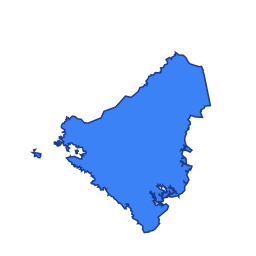 Soná, Veraguas, Panama (Mercator projection), rotated 24°
{"feature_id": "35544464B54310039107980", "entity_name": "Soná", "entity_type": "district", "adm_level": 2, "iso_a3": "PAN", "parent_name": "Panama", "parent_adm1": "Veraguas", "projection": "mercator", "projection_center": [-81.367, 7.878], "detail": "fine", "context": "isolated", "style": "filled", "palette": "blue", "viewbox_px": 256, "rotation_deg": 24, "n_neighbors": 0, "source": "geoboundaries", "source_scale": "gbopen_adm2", "svg_char_len": 5988}
<svg xmlns="http://www.w3.org/2000/svg" viewBox="0 0 256 256"><g transform="rotate(24 128 128)"><path d="M81.7,139.1L78.2,140.1L75.1,139.1L72.3,139.8L70.7,144.3L69.5,143.0L67.5,142.9L68.5,145.1L67.8,145.4L68.9,146.3L67.6,148.0L67.9,149.7L66.5,150.1L66.2,153.1L67.2,154.8L71.0,155.3L71.2,157.3L69.3,159.0L72.3,157.5L73.4,158.8L72.2,160.4L73.3,162.4L71.9,163.3L69.9,163.0L68.9,164.1L70.3,164.8L69.9,165.6L71.1,165.6L71.9,164.4L72.5,165.9L75.0,166.7L74.3,167.4L76.0,169.6L77.0,170.0L77.9,168.8L80.0,170.0L79.2,170.8L81.7,173.6L83.3,173.4L81.9,172.4L82.8,170.1L80.5,169.7L80.1,168.2L81.6,166.7L80.1,166.3L82.6,164.5L85.2,165.4L87.0,164.8L88.1,165.3L87.9,166.1L90.3,166.5L90.2,164.6L91.8,165.5L94.1,164.1L96.7,167.4L98.8,166.5L99.8,167.6L99.7,168.8L98.2,168.9L97.8,170.4L96.4,170.3L98.3,171.4L95.5,171.7L97.6,172.7L98.3,175.1L96.3,175.9L90.8,175.7L87.5,177.7L86.7,177.0L86.7,178.2L83.9,180.3L88.1,182.3L90.7,182.3L91.5,184.0L94.3,183.0L95.1,183.6L93.9,184.7L94.9,185.2L97.5,183.8L97.8,185.0L98.8,184.7L99.5,182.6L100.2,183.6L101.7,183.3L100.9,185.3L102.5,185.1L103.1,186.3L104.0,184.0L106.4,185.0L106.7,186.0L107.2,184.9L108.6,185.2L107.9,184.6L108.4,183.8L111.3,185.0L112.5,184.1L114.1,186.9L116.1,185.8L116.1,187.4L118.2,187.7L119.1,188.9L118.1,190.4L116.9,190.2L117.6,190.7L116.6,193.0L117.2,193.7L119.9,193.1L121.3,193.9L123.5,192.0L124.7,192.6L124.4,194.3L126.2,193.6L128.4,195.7L130.7,194.5L129.7,192.8L130.8,191.8L131.8,192.7L133.2,192.4L132.8,193.5L136.9,196.0L137.1,197.5L137.9,196.5L141.2,197.3L142.5,196.7L143.9,198.2L146.1,198.4L150.2,200.5L150.8,199.8L153.3,200.4L157.8,203.1L159.1,202.5L158.1,201.9L159.5,198.5L157.7,198.4L157.3,197.9L159.7,197.5L160.2,198.8L159.5,199.4L163.7,200.6L164.0,202.2L165.8,202.6L166.6,205.2L168.5,205.5L168.9,206.5L167.9,207.4L169.2,208.6L174.8,208.7L174.8,209.6L176.0,210.2L175.7,211.4L177.3,210.7L180.8,211.3L182.3,212.6L182.3,214.4L185.3,216.9L189.6,214.4L189.5,213.5L192.1,211.9L193.8,209.4L195.7,202.4L194.7,202.1L193.7,198.7L191.7,197.3L197.0,186.8L196.8,182.9L193.7,181.8L191.3,184.6L191.3,183.6L189.8,183.7L189.7,184.2L190.4,184.7L190.5,185.3L189.7,184.4L187.9,185.8L189.7,183.1L188.3,182.8L186.7,183.8L187.2,185.1L186.5,185.1L185.8,187.1L183.9,187.2L183.1,186.1L183.7,185.4L181.5,185.1L182.0,184.2L180.9,184.1L181.7,183.6L181.4,181.9L178.6,181.4L179.0,180.4L176.5,179.0L176.2,178.1L174.6,178.6L174.2,177.5L174.6,176.5L180.5,180.9L180.1,179.3L178.7,178.5L178.4,177.3L178.7,176.8L179.2,178.4L180.9,179.8L180.7,180.4L182.4,181.1L182.9,183.1L184.8,183.9L186.0,183.0L185.5,182.6L186.5,182.9L189.7,180.7L189.7,179.5L187.5,178.6L186.3,176.5L183.8,176.8L183.3,176.2L183.3,175.7L183.6,175.5L183.9,176.6L186.4,176.2L186.2,174.0L184.7,173.8L186.3,173.7L186.2,170.7L181.5,170.8L179.9,169.7L177.9,169.6L178.2,168.5L177.5,168.3L178.7,168.6L178.5,167.6L180.2,168.8L180.3,166.7L183.1,168.9L182.8,165.9L185.4,167.3L185.7,166.6L187.1,168.3L187.8,167.6L188.5,169.7L190.6,170.4L189.1,170.5L189.0,172.0L187.1,170.9L187.2,176.6L189.0,178.1L189.8,176.5L191.2,175.9L191.0,175.2L190.6,174.7L190.5,174.4L191.3,175.9L192.2,175.3L191.7,173.7L192.7,171.7L192.2,171.6L193.4,170.9L192.6,170.5L191.5,169.0L191.5,168.8L193.6,170.7L196.7,167.9L192.8,165.7L189.5,166.0L189.2,165.6L189.1,165.1L189.5,165.9L190.6,165.5L190.0,164.6L190.8,165.4L191.7,165.4L191.2,165.1L190.8,164.1L190.2,164.2L190.2,163.6L191.0,164.1L191.3,165.0L193.2,164.6L193.0,165.3L195.2,166.3L195.1,165.4L196.1,166.5L195.9,165.7L196.6,166.7L198.0,165.9L197.2,166.7L197.2,167.2L200.1,168.2L197.3,167.5L193.3,172.2L192.9,174.0L195.9,173.4L201.2,169.5L202.4,170.3L201.5,168.3L203.9,165.6L205.2,161.7L203.5,158.3L204.5,154.7L204.1,154.5L202.4,155.0L201.7,154.9L201.8,155.5L201.0,154.1L202.5,154.8L204.4,154.1L204.7,150.5L200.6,146.8L200.9,143.0L198.9,144.4L198.4,144.0L198.1,142.6L199.0,144.2L200.8,142.5L201.2,141.2L200.3,140.5L201.4,140.7L200.5,139.8L201.5,140.6L202.3,139.8L202.0,136.9L198.3,137.4L197.7,138.9L197.7,137.4L193.4,138.2L192.7,140.5L193.6,141.2L192.9,141.0L192.6,140.4L193.2,138.0L191.7,137.8L191.8,136.7L189.8,137.3L189.7,137.4L189.9,137.8L189.9,138.0L189.6,137.3L190.6,136.6L188.7,136.5L191.8,136.4L192.1,136.7L192.1,137.7L195.7,136.8L193.4,132.3L191.3,131.6L191.8,131.9L191.8,132.3L191.1,132.3L191.0,133.1L189.7,133.2L189.9,133.8L189.5,133.8L189.5,133.1L190.9,133.0L191.0,132.2L191.7,132.0L188.0,130.4L187.4,126.4L185.6,125.5L185.3,125.9L185.5,126.6L185.3,127.0L185.1,126.0L185.6,125.4L187.8,125.9L189.9,124.8L188.6,124.9L187.3,124.1L187.1,123.7L187.3,123.4L188.0,123.5L187.5,123.0L187.5,122.7L188.6,122.2L187.9,122.2L186.0,121.1L185.9,121.1L185.9,120.9L188.7,122.0L188.5,122.5L187.7,122.8L188.2,123.5L188.1,123.8L187.3,123.7L188.7,124.7L194.5,124.8L195.4,122.3L188.3,120.4L184.9,116.3L183.6,113.1L183.7,109.3L182.1,108.3L184.0,104.4L182.8,104.0L183.6,103.0L182.4,101.2L183.4,99.2L182.0,97.0L179.3,95.9L180.2,93.8L179.8,91.0L185.2,90.4L191.7,88.0L187.5,84.0L188.2,83.1L187.2,81.9L189.6,78.6L189.3,76.6L194.2,74.1L174.8,47.0L173.8,46.7L173.3,44.7L170.0,41.9L168.0,43.1L158.8,44.2L156.2,43.3L152.5,40.3L148.9,39.1L144.9,40.6L140.7,39.6L141.4,40.5L140.7,41.7L141.8,42.3L139.4,45.4L139.6,47.6L137.2,46.7L134.9,50.0L137.3,51.7L137.9,53.5L135.9,55.3L135.5,58.7L133.4,59.8L135.0,61.6L134.6,63.3L135.5,63.4L134.9,64.6L130.4,66.3L129.7,69.4L127.4,69.9L127.4,71.3L126.0,72.4L126.4,74.4L125.3,77.9L126.5,78.6L126.5,79.7L127.7,79.6L128.0,81.5L125.6,81.7L125.3,84.0L122.5,86.1L122.5,90.5L118.5,98.7L112.7,99.9L108.2,113.9L99.3,122.5L99.3,129.6L89.6,139.8L85.7,141.0L81.7,139.1ZM59.6,189.1L58.7,187.0L57.7,187.8L56.7,187.3L51.0,189.3L53.3,189.7L54.2,192.0L55.6,190.5L58.3,191.5L59.6,191.0L59.6,189.1ZM73.7,168.4L71.2,167.5L69.5,168.1L69.2,168.7L71.6,169.7L70.7,170.5L70.3,169.7L69.4,170.6L67.6,170.2L66.8,170.8L67.8,171.2L66.9,171.7L67.3,172.5L69.4,172.0L70.5,173.1L71.4,172.8L70.6,172.2L71.4,171.6L72.8,171.7L73.7,168.4ZM90.9,168.7L89.1,169.9L91.1,172.5L92.0,171.9L91.2,170.3L92.0,169.6L90.9,168.7ZM51.7,187.7L52.1,185.3L50.8,186.3L51.7,187.7Z" fill="#3b82f6" stroke="#1e3a8a" stroke-width="1.5"/></g></svg>